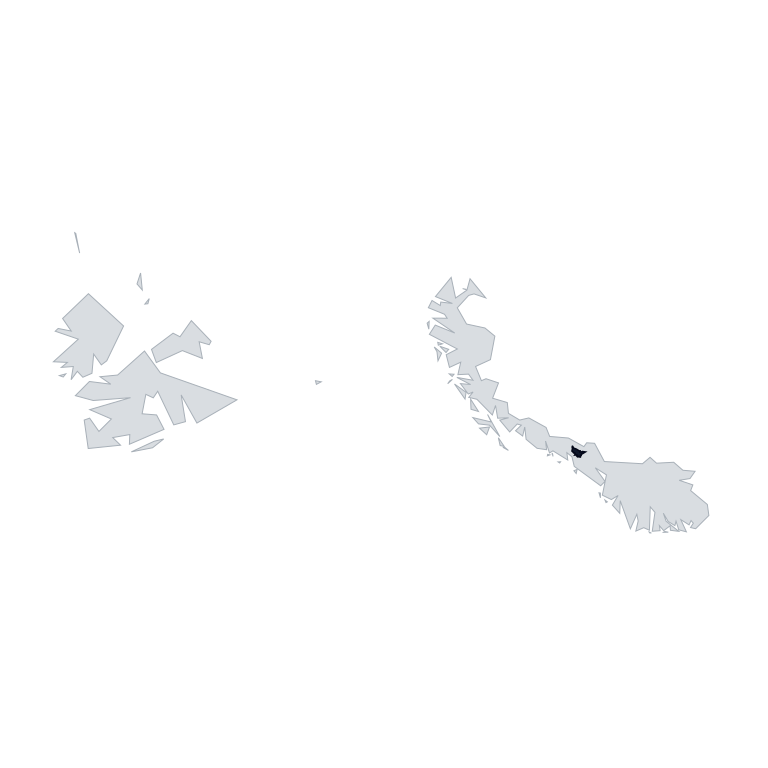 Namsskogan nor, Nord-Trøndelag, Norway shown in context, rotated 273°
{"feature_id": "86288312B18361683612622", "entity_name": "Namsskogan nor", "entity_type": "district", "adm_level": 2, "iso_a3": "NOR", "parent_name": "Norway", "parent_adm1": "Nord-Trøndelag", "projection": "mercator", "projection_center": [12.823, 64.81], "detail": "fine", "context": "in_parent", "style": "filled", "palette": "ink", "viewbox_px": 768, "rotation_deg": 273, "n_neighbors": 0, "source": "geoboundaries", "source_scale": "gbopen_adm2", "svg_char_len": 5031}
<svg xmlns="http://www.w3.org/2000/svg" viewBox="0 0 768 768"><g transform="rotate(273 384 384)"><path d="M406.3,474.5L392.4,481.1L394.6,485.6L391.1,498.3L375.5,493.2L371.9,508.1L361.2,509.8L355.1,521.4L357.7,530.4L349.1,548.1L340.3,552.2L339.7,571.0L331.9,586.9L335.9,589.5L335.8,597.4L318.1,608.1L317.9,646.3L324.7,653.5L319.2,660.3L321.0,677.4L313.5,687.0L313.1,699.2L305.6,694.5L303.3,683.8L299.4,697.7L293.6,695.8L280.6,713.2L269.7,715.3L255.8,702.8L256.7,697.6L261.2,700.2L263.7,697.8L259.3,696.0L264.1,687.5L252.2,693.7L253.8,686.0L262.3,682.8L257.8,681.9L261.6,675.0L269.6,669.7L261.7,672.9L252.3,686.1L252.9,677.7L257.4,677.1L252.2,671.0L257.0,666.4L252.0,667.4L251.0,659.6L270.0,661.3L275.3,656.3L251.9,656.7L254.1,650.9L250.3,643.2L260.5,645.0L267.1,643.3L252.3,637.6L279.9,626.0L267.2,626.2L275.0,618.4L284.9,623.6L280.5,617.1L284.4,607.9L304.9,610.9L311.4,599.4L298.3,609.8L293.7,605.7L311.7,578.3L321.2,575.5L325.0,570.2L317.7,571.5L326.1,556.2L323.8,552.9L335.5,548.3L326.9,549.8L327.8,540.2L336.2,528.8L348.4,526.8L339.3,525.2L344.2,517.8L350.1,523.3L351.0,519.1L342.7,512.0L354.0,501.5L356.8,510.2L355.8,499.3L368.4,496.5L358.7,493.8L373.6,477.6L375.1,469.3L380.7,473.4L378.4,468.7L388.4,460.3L388.0,470.5L394.4,456.4L392.4,472.7L398.3,467.9L397.2,457.3L409.8,459.5L404.0,448.5L416.5,444.6L422.8,455.4L436.0,426.7L445.5,432.1L438.6,452.0L452.3,429.4L453.0,443.6L456.8,440.8L462.5,424.3L469.9,427.6L465.3,436.1L468.8,436.4L468.0,448.1L474.0,430.8L494.0,445.5L473.6,451.0L482.1,461.9L493.6,464.4L475.3,481.1L478.7,469.2L476.9,463.9L463.9,453.2L448.2,463.3L445.2,481.9L437.6,492.2L413.9,489.0L406.3,474.5ZM356.2,76.4L371.1,89.7L369.5,111.2L376.4,100.0L379.0,117.5L404.4,143.1L383.4,160.1L360.5,238.0L335.2,199.2L362.5,182.0L336.0,187.7L332.2,176.2L364.9,158.4L358.1,154.3L361.2,146.7L341.6,144.0L341.2,158.5L327.2,166.7L310.5,132.9L320.2,132.8L316.3,115.9L309.1,124.1L304.1,92.0L332.3,86.5L334.5,91.8L321.7,101.8L334.8,113.6L343.0,91.5L357.1,131.6L352.3,94.5L356.2,76.4ZM388.9,52.7L412.8,76.4L419.5,52.9L422.4,55.7L420.5,68.9L432.6,59.6L458.7,84.1L428.3,120.9L392.6,105.9L388.3,100.7L398.7,92.5L379.4,91.8L375.0,82.9L380.6,77.1L371.9,71.3L385.2,72.8L383.7,60.9L389.0,66.7L388.9,52.7ZM406.4,150.0L423.7,170.7L420.5,177.8L437.2,188.3L417.6,209.1L414.1,207.4L416.5,197.2L400.0,201.3L406.8,180.9L393.5,155.5L406.4,150.0ZM351.7,493.0L359.0,489.0L337.6,502.4L348.4,491.6L349.1,480.5L355.1,474.5L351.7,493.0ZM363.3,472.2L373.4,471.3L361.5,479.8L363.3,472.2ZM373.2,465.7L387.7,454.4L380.0,466.4L373.2,465.7ZM303.0,135.2L314.8,157.5L317.6,166.9L308.2,156.2L303.0,135.2ZM344.9,481.7L346.6,491.6L338.7,489.2L344.9,481.7ZM423.6,432.2L417.8,439.9L410.0,436.7L419.1,435.2L423.6,432.2ZM424.6,437.8L422.0,446.8L418.7,444.3L424.6,437.8ZM328.6,503.2L336.3,501.0L328.0,507.3L328.6,503.2ZM518.3,68.3L498.8,73.2L518.9,67.2L518.3,68.3ZM471.0,132.1L482.1,135.1L465.2,137.7L471.0,132.1ZM441.1,425.9L447.0,423.9L448.9,425.8L441.1,425.9ZM428.4,435.5L427.2,440.3L425.6,436.2L428.4,435.5ZM397.5,448.6L397.4,453.4L395.1,451.7L397.5,448.6ZM383.7,315.4L382.9,321.2L380.1,316.5L383.7,315.4ZM457.0,145.1L451.8,144.0L451.3,141.0L457.0,145.1ZM307.3,578.2L308.8,581.3L304.7,580.6L307.3,578.2ZM387.6,447.6L390.5,449.4L392.2,452.1L387.6,447.6ZM375.4,59.4L377.5,65.7L374.2,63.3L375.4,59.4ZM286.4,605.8L281.7,606.1L286.6,604.4L286.4,605.8ZM279.7,610.7L278.0,613.2L277.2,611.9L279.7,610.7ZM326.8,508.3L324.2,511.7L327.0,506.0L326.8,508.3ZM251.4,672.1L250.9,675.7L250.5,670.9L251.4,672.1ZM321.9,553.5L320.8,550.9L322.3,551.1L321.9,553.5ZM483.4,457.5L482.8,461.3L482.6,460.6L483.4,457.5ZM323.2,556.0L320.5,556.6L323.8,555.4L323.2,556.0ZM315.3,561.9L315.6,564.4L314.3,563.6L315.3,561.9ZM250.2,656.5L249.1,658.8L249.3,656.9L250.2,656.5Z" fill="#d9dde1" stroke="#a8b0b8" stroke-width="1"/><path d="M323.2,578.8L323.3,579.2L323.3,579.4L323.1,579.7L323.2,580.4L322.9,580.4L322.8,580.5L322.7,580.5L322.4,580.6L322.2,580.7L321.9,580.7L321.8,580.8L321.7,580.8L321.7,580.7L321.6,580.8L321.4,581.0L322.0,581.6L321.4,582.2L321.4,582.6L321.3,583.5L321.3,583.9L322.1,583.8L322.4,583.8L322.3,584.0L322.2,584.0L322.3,584.2L322.4,584.3L322.5,584.3L322.7,584.5L323.0,584.7L323.3,584.6L323.4,584.4L323.5,584.4L323.5,584.5L323.8,584.5L323.9,584.8L324.0,584.9L324.2,585.0L324.3,585.0L324.5,585.0L324.4,585.3L324.5,585.4L324.7,585.7L324.7,585.8L326.7,588.7L327.0,585.6L326.6,585.1L326.6,584.8L326.5,584.6L326.5,584.4L326.4,584.3L326.4,584.2L326.4,583.9L326.3,583.7L326.2,583.3L326.2,583.2L326.3,583.2L326.5,583.1L327.0,583.2L327.5,583.3L327.4,582.5L328.0,581.5L328.3,580.9L328.8,580.0L329.1,579.4L329.4,578.5L329.7,577.5L329.8,577.2L329.8,576.8L330.9,576.2L331.3,575.8L331.6,575.7L331.7,575.4L331.1,575.2L330.9,575.2L330.7,575.2L330.3,575.3L330.2,575.3L329.7,575.5L328.7,575.5L328.0,575.3L327.9,575.3L327.3,575.2L326.6,575.3L326.3,576.1L326.2,576.1L325.9,576.2L325.5,577.0L325.2,576.9L325.0,577.1L325.0,577.4L325.2,577.5L325.3,577.7L325.2,578.1L325.0,578.3L323.7,578.3L323.9,578.8L323.7,579.1L323.3,578.9L323.2,578.8Z" fill="#0f172a" stroke="#020617" stroke-width="1.5"/></g></svg>